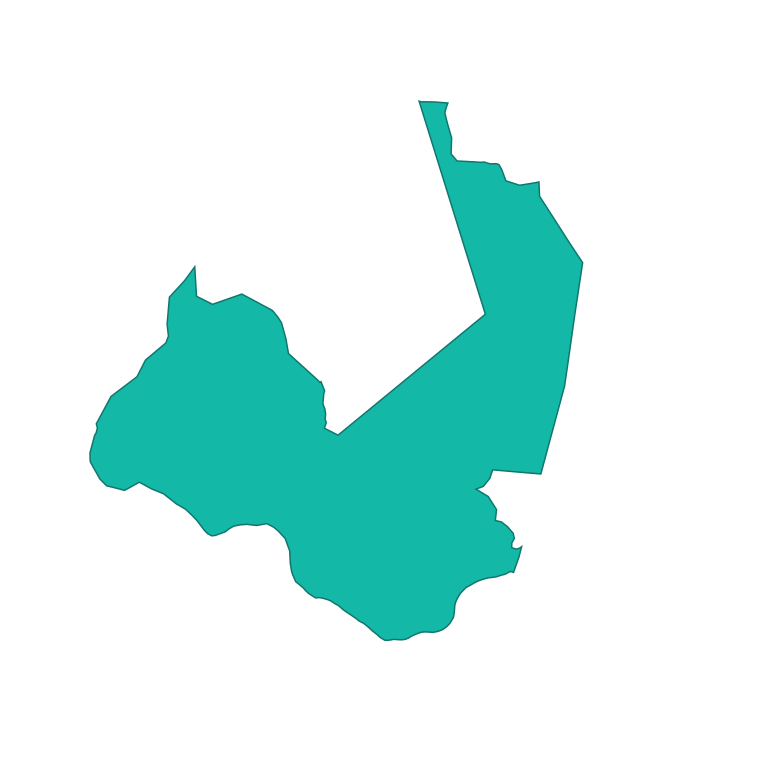 the district of San Bartolomé Ayautla, Oaxaca, Mexico, rotated 40°
{"feature_id": "50627088B49062393925558", "entity_name": "San Bartolomé Ayautla", "entity_type": "district", "adm_level": 2, "iso_a3": "MEX", "parent_name": "Mexico", "parent_adm1": "Oaxaca", "projection": "albers", "projection_center": [-96.67, 18.058], "detail": "fine", "context": "isolated", "style": "filled", "palette": "teal", "viewbox_px": 768, "rotation_deg": 40, "n_neighbors": 0, "source": "geoboundaries", "source_scale": "gbopen_adm2", "svg_char_len": 2546}
<svg xmlns="http://www.w3.org/2000/svg" viewBox="0 0 768 768"><g transform="rotate(40 384 384)"><path d="M236.9,640.3L246.5,635.6L253.6,632.3L259.7,616.5L273.6,613.7L285.6,609.8L302.2,609.3L312.4,607.5L321.3,608.0L328.4,608.8L334.5,610.2L340.3,611.5L345.1,612.0L349.7,611.0L352.2,608.3L357.5,599.1L358.4,594.5L360.2,589.6L364.3,584.4L369.2,579.6L377.2,574.4L384.1,566.2L391.6,564.6L397.5,564.6L407.7,565.9L413.5,569.3L419.1,572.5L423.5,577.3L427.7,581.8L433.6,586.9L435.5,588.1L436.6,588.8L439.3,590.1L443.5,592.2L447.0,592.1L453.0,592.1L457.3,592.7L460.6,592.9L464.3,592.5L469.1,591.8L471.9,589.1L474.7,587.5L479.4,585.4L482.9,584.3L487.2,583.9L491.4,583.0L495.9,583.1L498.5,583.1L502.1,582.8L508.3,582.1L513.3,581.6L517.2,581.6L522.4,580.4L527.9,580.3L534.1,580.6L539.4,580.4L543.8,580.6L549.2,579.8L551.9,577.7L553.9,575.5L555.4,573.5L557.6,571.9L560.2,570.0L562.2,568.4L564.6,565.7L566.1,562.7L567.0,559.8L567.9,557.9L568.6,556.4L570.1,553.6L571.9,550.4L574.8,547.5L578.5,544.7L581.1,542.8L583.4,540.1L585.1,537.6L586.8,534.4L587.8,530.6L588.0,529.2L588.3,526.4L588.2,523.9L587.3,518.5L586.4,516.7L584.9,514.1L580.5,508.0L579.0,504.7L578.0,501.0L577.5,498.2L577.1,494.4L577.4,490.9L577.6,487.3L579.2,483.4L580.7,479.1L582.8,474.2L585.4,469.9L588.6,465.3L591.9,461.9L594.4,458.9L596.5,455.4L599.0,451.9L601.3,446.4L604.3,445.0L598.7,430.0L594.0,420.2L593.2,423.0L591.4,425.5L587.0,427.3L584.1,423.6L583.2,418.6L578.9,415.3L570.1,413.9L562.6,414.2L557.0,417.0L551.0,407.9L536.2,403.2L522.0,405.4L525.9,398.6L525.7,388.3L522.4,379.9L540.3,367.4L562.0,352.1L559.0,345.7L523.7,269.6L512.9,252.1L485.5,208.1L480.8,200.4L458.2,163.4L435.5,156.7L405.1,147.2L382.5,140.2L372.8,129.6L370.2,133.0L360.1,144.6L346.8,150.0L336.6,144.2L331.6,142.2L330.2,142.2L328.1,143.3L326.0,145.2L324.0,147.0L320.8,148.5L318.1,149.5L315.5,152.1L311.2,155.2L296.6,166.2L287.5,164.6L277.6,152.0L265.5,143.9L256.3,137.2L254.2,132.8L252.3,127.7L241.1,135.7L231.2,143.8L229.1,144.8L416.8,265.4L410.5,298.9L381.7,452.7L366.8,456.2L364.6,450.7L361.3,448.6L358.6,444.5L354.3,440.8L352.2,439.8L349.7,438.2L347.0,434.3L344.0,429.9L342.9,427.4L334.2,422.7L333.9,424.0L330.1,423.6L291.3,422.1L282.6,414.8L280.8,413.1L266.0,402.9L259.7,401.0L251.2,399.4L217.3,406.5L201.4,433.2L184.0,437.3L163.7,415.9L164.8,432.9L163.8,455.4L179.4,477.6L188.1,485.9L190.5,492.7L185.9,518.9L190.1,537.2L182.9,569.0L189.2,599.4L192.8,602.0L195.1,607.0L195.2,609.0L203.0,625.7L207.7,631.1L209.6,632.7L212.7,633.8L227.4,639.4L236.9,640.3Z" fill="#14b8a6" stroke="#0f766e" stroke-width="1.5"/></g></svg>